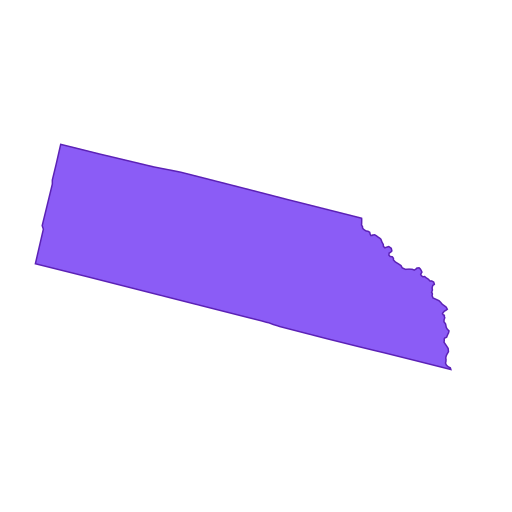 Sheridan, Wyoming, United States of America, rotated 194°
{"feature_id": "52423323B2027306214362", "entity_name": "Sheridan", "entity_type": "district", "adm_level": 2, "iso_a3": "USA", "parent_name": "United States of America", "parent_adm1": "Wyoming", "projection": "robinson", "projection_center": [-107.487, 44.779], "detail": "fine", "context": "isolated", "style": "filled", "palette": "violet", "viewbox_px": 512, "rotation_deg": 194, "n_neighbors": 0, "source": "geoboundaries", "source_scale": "gbopen_adm2", "svg_char_len": 1897}
<svg xmlns="http://www.w3.org/2000/svg" viewBox="0 0 512 512"><g transform="rotate(194 256 256)"><path d="M413.9,195.1L345.1,194.8L271.9,194.5L271.0,194.5L249.5,194.4L235.1,194.4L229.6,194.2L227.3,194.3L222.6,193.7L218.1,193.5L216.2,193.3L166.8,192.9L134.8,192.9L117.5,193.0L108.5,193.1L108.3,193.1L76.1,193.1L39.5,193.0L40.4,194.5L43.0,195.1L45.0,196.3L46.2,197.9L46.2,199.5L46.6,201.6L47.2,202.9L47.3,204.3L47.2,205.6L46.9,207.0L46.1,209.7L47.2,212.8L48.9,214.4L51.0,216.3L52.7,217.8L52.9,219.7L53.3,220.9L53.1,222.1L52.7,222.3L51.4,223.3L51.0,226.2L50.6,227.8L50.6,230.0L52.7,231.3L54.1,232.7L55.6,235.9L57.1,237.2L57.7,237.6L58.1,239.7L57.9,241.8L58.7,242.8L58.7,243.5L59.3,244.2L59.9,244.1L61.1,245.1L60.9,246.1L59.8,248.2L58.8,249.0L57.5,250.6L59.1,252.4L63.7,254.3L65.6,255.7L67.6,256.9L71.3,257.6L74.1,258.1L75.6,260.2L75.6,261.6L76.0,262.6L76.8,263.0L76.7,264.4L76.6,265.7L77.4,267.6L77.4,270.2L76.1,271.6L76.3,272.1L77.3,273.7L79.5,274.3L81.0,273.8L83.2,275.2L85.9,276.1L87.4,276.9L89.0,276.2L90.6,276.8L91.8,278.1L91.1,280.5L92.2,281.9L93.5,283.2L94.9,284.0L95.5,283.8L97.0,283.2L97.6,282.1L99.0,280.6L101.1,280.9L103.8,280.4L105.6,279.9L107.8,279.2L111.3,279.9L113.0,281.8L115.8,282.8L119.3,283.9L121.7,285.4L122.1,287.0L123.5,288.2L125.8,288.0L127.3,289.0L127.5,291.1L126.3,292.2L125.4,293.8L126.6,296.2L129.5,297.3L132.1,295.7L132.9,295.1L134.7,296.2L135.3,298.0L137.0,299.8L138.9,302.5L140.2,303.2L142.4,304.0L144.0,304.7L146.0,305.3L146.7,305.0L147.7,304.7L148.3,304.3L148.2,304.1L149.5,303.6L150.6,304.9L151.4,306.5L153.3,307.1L155.0,306.9L156.8,307.4L158.4,308.1L159.4,309.0L159.8,310.3L161.1,311.6L161.3,312.8L161.8,315.0L162.4,317.5L162.7,318.2L239.3,318.4L289.2,318.8L349.4,319.1L377.0,317.7L433.8,317.1L472.5,317.1L472.1,296.6L472.0,280.4L471.0,276.5L470.8,233.7L468.8,230.6L468.2,195.1L413.9,195.1L413.9,195.1Z" fill="#8b5cf6" stroke="#5b21b6" stroke-width="1.5"/></g></svg>